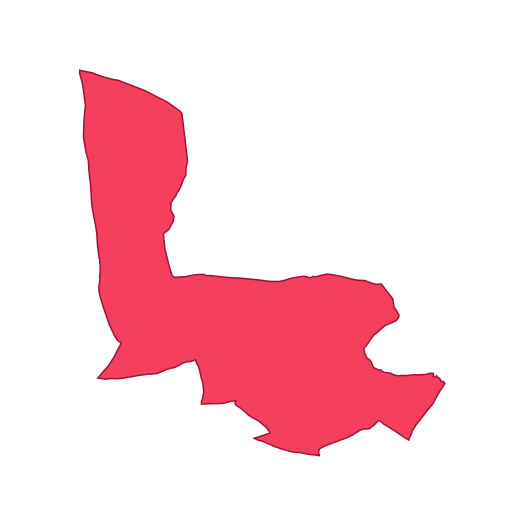 Handeni Mji, Tanga, United Republic of Tanzania (orthographic projection), rotated 83°
{"feature_id": "72390352B73978463558570", "entity_name": "Handeni Mji", "entity_type": "district", "adm_level": 2, "iso_a3": "TZA", "parent_name": "United Republic of Tanzania", "parent_adm1": "Tanga", "projection": "orthographic", "projection_center": [37.976, -5.441], "detail": "fine", "context": "isolated", "style": "filled", "palette": "rose", "viewbox_px": 512, "rotation_deg": 83, "n_neighbors": 0, "source": "geoboundaries", "source_scale": "gbopen_adm2", "svg_char_len": 5340}
<svg xmlns="http://www.w3.org/2000/svg" viewBox="0 0 512 512"><g transform="rotate(83 256 256)"><path d="M299.0,135.1L298.9,139.6L297.6,143.4L293.7,150.8L292.6,156.9L292.4,158.5L289.6,166.2L289.0,167.7L286.9,173.1L284.2,181.3L283.0,186.0L282.8,186.8L282.5,187.9L282.6,188.8L283.1,192.9L283.1,193.5L283.4,195.3L283.6,197.0L284.0,198.9L283.4,200.8L283.2,201.4L283.2,201.7L283.7,203.1L284.0,203.7L284.1,205.3L284.1,205.7L283.7,206.3L283.5,206.7L282.6,208.2L282.6,208.3L281.9,211.2L281.9,212.4L282.0,215.1L282.1,218.3L282.1,218.6L282.2,221.1L282.6,225.3L283.2,228.6L283.7,231.2L283.8,232.6L284.1,235.9L284.1,236.1L283.6,240.0L282.7,246.2L282.3,247.7L280.4,254.9L280.3,255.1L279.5,258.7L276.7,271.6L275.3,277.8L275.1,279.2L274.9,281.1L274.7,281.9L274.5,283.6L272.7,291.8L271.6,296.5L270.9,299.4L270.5,300.9L270.1,302.5L269.8,304.0L269.7,304.7L269.5,306.9L269.1,307.7L268.9,308.9L268.8,309.4L268.0,309.8L267.8,310.4L267.7,310.9L267.3,316.0L267.3,319.9L267.4,322.1L267.7,326.5L267.9,328.3L267.9,328.6L267.5,335.0L267.5,336.1L267.5,336.4L267.5,336.6L267.4,337.0L267.4,337.3L267.3,338.6L267.3,339.6L267.2,339.7L266.2,340.6L265.1,341.7L264.2,341.8L260.1,342.6L259.4,342.7L256.0,343.3L255.3,343.4L254.2,343.6L251.8,343.8L249.3,344.1L248.1,344.3L246.3,344.5L242.2,345.0L238.0,345.5L228.9,345.4L223.4,345.3L222.7,344.9L222.1,344.4L219.1,339.4L215.0,336.4L211.2,333.9L206.6,332.5L204.7,333.2L202.2,334.2L200.3,335.0L198.9,334.8L195.0,334.3L192.8,333.7L192.4,333.6L188.3,330.2L187.1,328.6L185.8,327.9L183.0,326.3L182.1,325.1L181.8,324.8L181.0,324.3L181.0,324.2L178.1,322.3L170.3,318.2L170.2,318.1L169.2,317.3L169.1,317.2L168.5,316.7L167.3,315.8L163.7,315.3L160.9,314.9L157.1,313.7L155.5,313.1L155.4,313.0L153.6,312.4L141.5,312.3L139.6,312.3L130.7,312.2L126.3,312.2L122.5,312.2L121.6,312.2L117.3,312.2L112.3,312.2L111.4,312.2L106.6,312.2L105.9,312.2L104.1,312.9L103.7,313.1L98.3,318.9L94.1,323.4L93.1,324.4L90.8,327.7L88.6,331.0L77.8,346.9L77.4,347.7L77.2,348.1L75.2,351.8L71.3,359.2L70.1,361.4L67.8,365.7L64.8,371.4L63.6,375.6L63.3,376.6L59.8,385.3L58.4,388.4L58.3,388.5L56.0,393.2L56.0,393.3L55.3,393.6L53.7,397.9L53.0,399.7L53.0,399.8L52.9,400.2L52.3,402.1L52.2,402.3L51.9,403.0L50.6,407.2L50.1,408.3L53.2,408.8L62.9,407.3L74.8,407.0L86.2,407.0L96.1,409.3L103.3,410.7L117.5,412.8L132.8,412.1L140.9,410.8L152.5,411.5L163.3,411.5L174.9,412.1L185.1,412.8L196.4,412.2L205.9,411.5L214.1,411.3L228.3,412.1L231.9,411.7L231.9,412.0L238.8,411.8L238.8,412.0L239.5,411.6L241.5,411.7L243.8,411.8L247.1,411.9L251.4,412.4L256.6,413.5L258.5,413.9L258.5,413.5L261.0,414.0L267.2,415.7L270.6,415.8L270.7,416.2L270.8,416.2L270.7,416.0L270.9,416.0L275.0,416.0L287.5,413.9L307.0,409.8L314.2,407.3L318.2,406.0L322.0,404.2L324.0,402.8L325.4,400.4L326.4,400.6L328.4,402.0L335.0,406.6L338.7,409.0L347.2,416.1L353.6,423.4L354.1,423.9L358.0,427.9L358.7,424.7L360.0,420.6L359.8,417.0L360.3,412.5L361.0,408.3L361.0,402.7L360.6,392.6L360.2,387.3L360.2,385.9L360.2,377.9L360.5,373.4L360.5,368.3L359.0,362.6L357.7,358.2L357.3,356.0L357.1,354.8L356.8,350.8L356.2,348.9L354.6,344.3L354.4,344.3L354.4,344.2L354.3,343.8L353.4,341.6L352.8,339.1L352.6,336.6L352.8,334.2L352.4,331.4L351.6,328.7L355.9,327.8L358.6,326.5L359.7,326.3L364.2,325.8L368.6,325.4L369.7,325.3L375.7,324.2L381.2,324.4L381.6,324.4L384.9,324.5L389.3,325.9L394.2,327.9L396.4,328.2L396.7,324.1L396.9,321.4L397.0,319.5L397.7,313.7L398.3,306.6L397.3,299.6L397.1,293.5L398.2,294.4L400.0,294.7L401.3,294.2L402.2,293.3L406.0,288.9L410.2,285.2L413.1,282.8L413.2,282.7L416.2,278.9L416.9,278.0L420.0,273.6L423.5,270.2L424.1,269.7L426.9,267.0L429.7,265.4L433.3,263.5L433.6,264.5L434.9,270.7L436.2,277.0L436.7,280.1L438.9,276.7L440.6,272.2L442.9,268.4L444.7,265.0L446.2,262.7L446.9,261.7L449.2,257.1L450.6,254.5L452.0,250.9L454.3,245.3L455.6,241.3L456.2,237.3L457.8,232.2L459.6,226.9L460.2,224.0L460.4,222.6L461.7,218.1L461.9,217.4L461.7,217.3L458.6,217.8L458.3,217.9L457.8,217.7L455.1,216.3L454.3,214.4L453.1,211.2L451.7,205.7L450.5,200.9L449.7,197.6L448.6,193.2L448.1,190.7L447.6,188.4L446.6,185.3L445.3,181.6L443.7,178.4L441.8,174.5L441.3,172.8L440.9,170.1L441.2,166.8L441.2,164.7L440.5,163.2L438.4,159.7L435.6,156.3L434.5,154.9L434.1,154.4L434.7,153.3L435.0,152.7L438.2,149.9L441.9,145.2L445.8,140.3L450.8,134.7L454.4,130.5L457.3,126.7L454.7,125.6L452.3,123.9L448.2,121.9L443.2,117.8L437.1,111.6L430.0,104.7L425.4,99.5L422.4,97.2L421.7,96.7L416.1,92.7L412.0,89.6L408.3,86.2L407.3,85.5L405.5,84.1L404.9,84.5L404.2,84.9L403.1,85.5L403.4,86.2L403.1,87.5L401.4,87.9L400.7,88.6L399.9,88.6L399.4,89.2L398.6,90.5L397.7,90.9L396.8,91.4L398.1,92.4L397.9,93.7L396.6,95.0L395.6,94.0L394.2,94.2L393.8,95.5L393.6,97.6L394.2,101.9L394.0,105.1L393.8,109.0L393.2,113.6L393.0,117.7L393.0,121.5L392.3,125.8L392.3,128.8L391.9,130.6L390.2,134.7L388.6,136.8L388.2,139.0L387.5,140.7L387.5,142.4L385.6,145.0L384.3,145.9L384.3,147.4L383.0,150.0L381.1,152.7L378.5,153.8L375.4,154.5L373.9,155.1L372.4,156.4L371.1,158.4L369.0,158.8L367.4,159.2L365.7,160.3L364.0,159.9L361.6,160.7L360.2,159.4L359.6,158.8L356.8,156.0L355.9,155.1L351.4,151.3L348.6,148.2L346.2,144.3L344.2,141.5L343.4,140.4L340.7,136.4L339.7,132.8L338.4,128.2L337.2,124.9L337.3,124.8L337.3,124.7L335.6,123.1L334.5,122.1L334.4,122.1L332.2,121.2L327.7,123.1L323.0,125.4L319.0,125.4L315.1,125.5L304.5,131.9L302.3,133.2L299.0,135.1Z" fill="#f43f5e" stroke="#9f1239" stroke-width="1.5"/></g></svg>